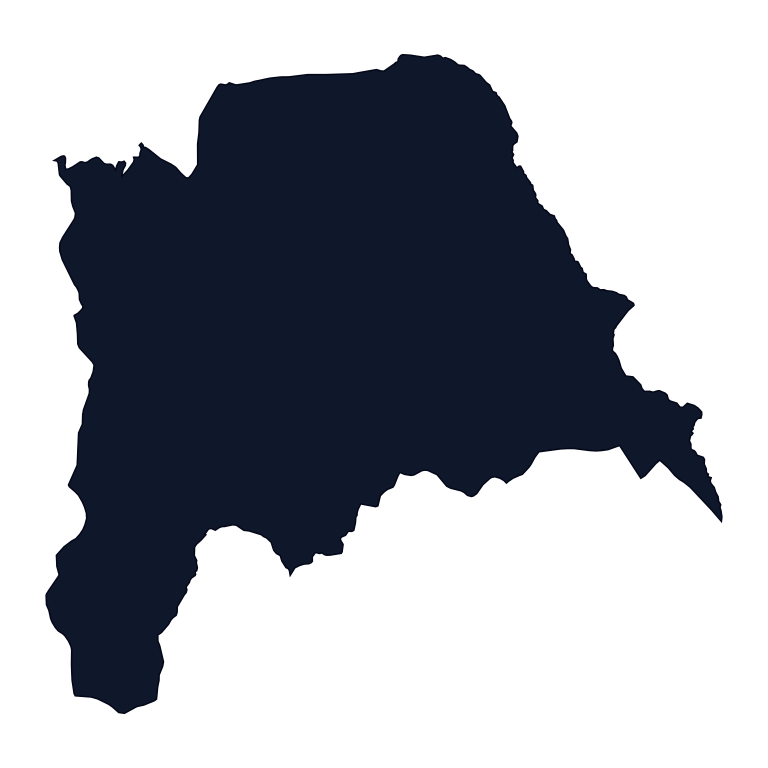 Saquisili, Cotopaxi, Ecuador
{"feature_id": "8360857B28418888111721", "entity_name": "Saquisili", "entity_type": "district", "adm_level": 2, "iso_a3": "ECU", "parent_name": "Ecuador", "parent_adm1": "Cotopaxi", "projection": "albers", "projection_center": [-78.717, -0.836], "detail": "fine", "context": "isolated", "style": "filled", "palette": "ink", "viewbox_px": 768, "rotation_deg": 0, "n_neighbors": 0, "source": "geoboundaries", "source_scale": "gbopen_adm2", "svg_char_len": 5980}
<svg xmlns="http://www.w3.org/2000/svg" viewBox="0 0 768 768"><path d="M54.2,160.5L57.0,161.0L58.2,163.0L59.5,174.7L60.3,176.1L67.0,184.0L70.3,186.4L71.3,190.4L71.5,201.1L72.8,206.3L75.5,213.1L74.9,217.5L74.0,219.6L62.7,237.3L60.0,242.9L59.6,247.3L59.8,251.2L62.3,259.7L74.5,284.6L76.5,287.1L78.0,290.0L79.2,292.9L79.5,299.6L81.5,304.1L82.9,306.1L82.7,308.1L81.0,310.3L77.8,313.4L74.3,315.3L74.1,315.9L76.5,322.7L77.5,334.0L77.8,344.0L79.3,347.7L92.5,362.1L94.1,365.1L93.2,371.8L90.8,378.3L89.3,380.0L88.7,382.0L88.6,385.4L89.5,389.6L89.3,393.5L83.5,409.8L82.7,414.6L82.4,424.2L78.6,432.9L77.2,465.2L68.5,484.9L69.2,486.6L75.1,491.7L78.5,495.2L82.4,502.0L84.6,507.1L86.4,513.1L86.7,518.4L85.0,524.7L82.9,529.7L79.8,534.3L75.9,538.7L71.7,541.0L64.1,546.7L56.4,555.3L56.9,566.5L59.1,574.6L58.6,576.0L48.7,590.5L46.4,594.2L46.1,595.6L46.5,604.8L48.9,610.3L50.7,618.7L52.3,622.5L55.5,627.7L58.4,631.0L62.8,633.8L64.8,635.7L68.5,641.0L70.9,646.2L71.7,649.6L71.5,665.1L72.1,680.2L74.1,693.5L75.2,695.8L91.1,697.0L97.5,698.8L108.7,704.3L112.5,707.0L118.7,712.5L124.5,713.3L135.4,707.3L137.4,706.4L143.9,705.0L154.6,700.6L156.5,699.1L157.7,686.7L159.0,680.4L159.1,675.1L162.7,666.2L163.5,661.8L159.7,645.7L157.9,641.2L157.8,635.0L161.4,632.6L168.6,624.2L170.9,620.0L173.1,617.5L176.1,615.4L177.1,612.4L177.3,606.7L184.1,595.1L186.1,592.6L186.9,589.9L186.2,587.2L186.5,586.4L189.4,582.4L190.1,580.0L191.5,578.0L195.1,575.5L195.6,574.4L195.1,571.8L196.7,570.7L197.4,567.7L196.3,562.7L196.7,560.5L194.3,555.6L194.6,547.1L196.5,544.2L201.2,540.0L205.8,534.8L204.7,534.4L208.6,528.9L211.4,528.5L215.3,530.2L219.2,527.6L221.8,526.6L224.5,526.5L232.8,524.8L236.3,525.2L243.8,530.3L249.0,530.9L261.3,534.7L263.5,536.5L266.4,537.8L271.2,542.3L273.7,550.2L276.4,553.5L280.3,555.6L281.8,560.9L286.0,567.6L288.2,568.6L289.3,570.3L290.2,575.4L294.9,567.8L299.8,565.4L304.1,564.1L309.0,563.7L311.4,562.5L312.4,561.2L312.3,556.8L315.5,552.5L319.5,553.5L321.8,552.9L324.8,554.8L326.4,555.2L330.1,555.1L341.3,553.3L342.1,551.9L343.1,544.4L340.8,540.6L340.4,538.9L340.7,538.0L341.6,537.0L345.5,535.3L348.1,531.6L348.8,531.2L351.9,531.4L353.8,530.3L355.4,523.0L355.9,516.9L357.0,515.4L357.2,512.4L358.1,509.3L360.7,503.9L375.7,506.7L377.9,505.9L380.3,495.8L383.9,492.1L387.4,489.4L392.9,487.2L394.3,485.1L397.6,476.7L399.8,472.4L404.7,474.4L411.1,475.4L414.0,474.9L422.0,470.6L425.2,470.1L428.0,470.5L437.1,474.7L446.7,486.2L450.7,488.2L461.0,490.8L464.1,492.4L467.5,495.4L471.4,496.5L473.5,495.9L476.6,493.7L483.0,484.6L489.9,478.4L492.1,477.2L495.1,476.8L500.0,478.2L503.9,480.5L506.5,483.1L507.9,481.7L513.0,478.2L518.9,475.6L518.7,474.9L520.3,475.1L522.4,474.3L528.8,467.4L530.9,464.5L534.8,457.4L538.9,451.8L560.6,448.9L567.9,448.5L573.8,448.5L589.5,450.5L596.2,450.9L601.9,450.5L608.1,449.6L619.6,445.5L640.8,478.3L645.1,475.6L655.9,463.5L659.8,460.2L668.4,467.9L674.7,475.4L679.4,479.4L684.4,482.5L690.4,487.4L711.8,510.2L721.4,521.4L721.9,516.9L721.0,510.7L720.0,507.6L720.7,504.6L718.7,501.5L718.1,496.7L715.7,492.2L714.2,487.4L710.9,483.4L710.2,480.8L711.2,477.7L707.8,476.6L708.4,474.2L706.4,472.6L706.3,468.9L704.2,464.1L704.5,459.4L703.2,457.3L697.1,455.2L695.5,452.0L694.0,450.5L692.4,450.1L690.9,448.6L690.9,444.0L689.4,440.9L690.6,435.8L692.0,434.7L693.0,433.2L691.1,431.2L693.3,428.9L692.8,426.9L694.0,425.4L694.7,422.3L697.1,419.2L698.4,418.3L701.0,418.1L701.8,414.5L701.6,411.9L698.1,408.1L694.3,405.5L687.3,403.3L683.1,407.2L680.0,407.2L676.8,403.1L670.7,401.2L668.9,400.1L668.1,398.7L667.1,395.0L665.2,393.2L659.4,390.7L657.8,390.8L653.1,392.2L649.7,391.3L644.4,391.4L642.0,388.6L640.7,384.8L633.0,376.9L625.8,376.0L621.2,368.2L618.9,360.3L617.2,356.5L615.3,353.4L612.6,351.1L612.4,348.4L613.3,345.6L612.9,338.5L614.1,334.8L613.3,333.5L613.9,329.3L615.6,327.7L616.3,326.0L628.1,310.6L633.9,305.5L633.9,304.3L633.2,303.1L627.5,299.8L626.3,297.0L624.3,295.5L618.8,294.3L616.2,292.6L612.0,291.3L607.0,290.8L603.9,289.7L600.3,289.9L597.4,287.9L592.9,287.6L590.7,286.0L587.0,280.9L586.3,279.0L586.2,274.2L583.1,272.4L582.1,268.3L580.6,267.2L578.2,262.1L577.3,261.5L574.5,261.3L574.3,259.3L572.2,255.0L570.0,253.4L570.5,249.7L568.6,245.0L567.6,238.5L566.0,236.2L563.5,230.2L557.3,222.6L556.4,220.1L555.1,218.6L554.3,215.9L549.9,214.4L546.5,210.8L543.5,209.3L542.2,206.1L537.8,203.4L537.8,200.7L535.4,197.6L535.8,195.1L535.5,193.7L533.3,190.2L532.7,185.3L530.4,183.8L530.5,182.7L526.7,177.8L525.9,175.2L523.7,173.8L523.5,171.5L520.6,166.2L519.1,166.1L516.8,167.8L513.0,162.5L513.2,160.3L512.3,158.5L512.3,157.2L513.6,154.6L511.9,151.9L512.6,150.5L512.6,146.4L513.4,144.5L517.0,141.8L517.9,136.2L516.7,133.0L511.0,126.4L510.9,125.2L511.8,122.8L511.5,121.2L509.7,118.6L504.7,105.6L499.0,97.0L498.2,96.7L496.8,95.0L496.1,92.7L492.6,91.4L489.6,85.0L486.1,82.4L480.2,75.5L478.8,74.6L475.6,73.7L473.0,71.0L469.5,69.4L467.5,67.6L464.3,65.5L458.4,65.1L454.4,61.8L450.4,59.4L445.3,57.6L442.9,58.3L440.5,56.1L437.9,55.1L424.3,57.3L410.4,55.2L402.6,54.7L400.7,55.5L399.4,57.1L398.2,59.0L398.0,61.8L396.1,62.3L393.9,64.2L384.0,71.1L381.1,71.0L376.5,69.6L352.4,73.8L326.6,74.6L307.7,74.6L289.0,76.9L280.6,77.0L269.9,78.2L254.4,81.4L249.8,82.9L237.6,84.8L235.7,84.9L229.2,82.8L227.6,84.2L225.5,85.0L220.9,84.1L219.0,84.8L217.1,87.3L200.1,116.9L199.4,120.1L199.0,132.5L197.6,144.0L197.7,164.7L191.9,174.3L188.7,177.8L187.4,178.0L185.7,177.6L181.0,173.3L175.7,167.3L171.2,164.3L160.5,158.9L148.9,149.6L145.4,147.4L143.9,147.5L142.8,144.7L141.3,143.1L139.2,145.3L140.8,147.3L141.2,149.6L140.0,153.2L139.9,155.6L138.6,157.3L133.6,157.2L134.2,159.6L133.5,162.2L127.9,170.0L122.1,176.3L122.1,174.1L123.1,169.6L125.3,165.5L125.6,163.1L124.1,161.2L121.8,162.1L118.8,161.8L117.0,165.2L116.2,167.5L116.1,169.9L115.6,170.1L112.7,165.4L110.7,164.2L106.1,164.2L103.8,163.3L98.8,158.0L96.4,157.2L91.6,159.1L87.3,162.1L84.7,162.7L82.5,161.9L80.2,161.9L72.6,166.9L68.3,169.0L65.7,169.3L64.9,165.2L65.4,162.5L65.5,158.1L64.6,156.2L63.5,155.9L61.2,156.4L54.2,160.5Z" fill="#0f172a" stroke="#020617" stroke-width="1.5"/></svg>